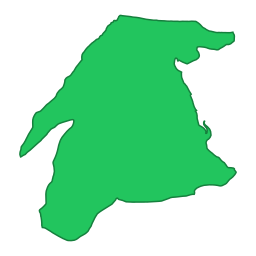 Poplaca, Sibiu, Romania (Natural Earth projection)
{"feature_id": "2599482B54964729595352", "entity_name": "Poplaca", "entity_type": "district", "adm_level": 2, "iso_a3": "ROU", "parent_name": "Romania", "parent_adm1": "Sibiu", "projection": "natural_earth1", "projection_center": [23.913, 45.648], "detail": "fine", "context": "isolated", "style": "filled", "palette": "green", "viewbox_px": 256, "rotation_deg": 0, "n_neighbors": 0, "source": "geoboundaries", "source_scale": "gbopen_adm2", "svg_char_len": 5720}
<svg xmlns="http://www.w3.org/2000/svg" viewBox="0 0 256 256"><path d="M42.3,227.5L43.9,227.7L45.3,228.1L50.6,231.3L52.6,232.7L58.3,236.0L63.0,238.5L67.2,240.3L68.1,240.5L71.2,240.6L74.2,240.2L75.8,239.6L77.4,238.7L78.9,237.5L80.4,236.4L82.8,235.1L85.5,233.5L86.9,232.3L88.1,231.1L89.3,228.8L91.1,226.1L92.0,223.6L95.0,217.5L97.3,213.8L99.7,211.9L102.4,210.1L111.7,204.3L112.1,204.0L115.6,199.9L116.0,198.9L117.1,198.1L117.9,198.4L118.2,199.0L118.8,199.4L122.6,200.4L126.1,201.8L132.7,202.1L147.1,202.0L158.9,201.3L161.6,201.0L168.8,198.4L170.3,197.7L172.2,197.3L176.2,197.0L183.0,196.2L186.2,196.0L190.5,194.7L192.6,194.3L194.2,194.3L194.4,193.9L194.6,192.8L194.4,191.3L194.7,190.3L195.2,189.6L196.8,188.1L198.9,187.0L200.8,186.2L204.0,185.3L209.5,184.8L213.6,184.9L215.7,185.1L217.7,185.4L219.5,185.8L220.8,185.9L222.1,185.6L225.4,184.0L226.4,183.3L227.8,181.6L229.1,180.0L230.1,179.0L231.0,178.4L232.8,176.9L234.8,174.6L235.8,173.0L236.1,172.2L235.9,171.8L235.5,171.2L235.2,170.9L234.7,170.3L234.4,169.8L234.4,168.9L234.2,168.6L233.4,168.1L231.5,167.8L230.1,167.7L228.9,167.7L228.2,167.6L227.6,167.2L226.9,166.5L226.3,165.4L225.1,163.8L224.3,162.7L222.4,161.5L220.8,159.9L220.1,159.0L219.0,157.7L218.3,157.3L217.8,157.1L216.9,156.9L216.2,156.5L214.4,155.2L212.1,153.1L210.6,152.0L209.2,150.8L207.6,149.2L207.0,148.3L206.8,146.9L206.6,145.0L206.0,142.9L206.3,141.7L206.7,140.6L207.6,139.6L208.6,139.1L210.1,137.3L211.0,135.2L210.6,131.6L209.8,129.5L209.2,128.7L207.4,126.7L206.1,125.7L204.9,124.6L204.6,124.1L204.2,123.3L204.1,122.5L204.6,121.4L204.6,121.2L204.4,121.1L204.2,121.2L204.0,121.6L203.7,122.4L203.7,123.7L203.8,124.4L204.2,125.2L206.7,128.4L207.2,130.2L207.2,131.1L207.0,132.5L206.6,133.3L206.3,133.4L205.9,133.4L205.7,133.2L205.7,132.9L205.9,132.5L206.0,132.1L205.8,131.3L205.5,130.4L204.0,128.5L203.2,127.8L201.6,126.7L199.3,125.5L198.8,124.8L198.6,124.5L198.4,123.3L198.1,122.4L197.8,121.1L197.2,118.7L197.1,117.7L197.1,115.7L196.7,113.5L196.2,112.4L195.9,111.7L195.4,111.1L196.5,110.4L195.4,109.2L194.1,106.6L193.0,103.0L192.7,101.6L192.1,99.8L190.4,95.7L190.4,95.0L191.2,94.2L189.3,91.2L186.7,86.2L186.0,85.5L184.9,84.0L183.9,83.2L181.8,77.9L181.5,76.3L181.4,72.9L181.6,72.2L181.0,71.8L178.7,70.7L178.1,70.3L177.6,70.0L176.2,68.5L175.2,66.5L174.7,65.7L174.2,63.8L174.6,60.5L174.8,59.7L175.2,58.7L175.6,58.2L175.8,58.2L176.2,58.2L176.5,58.2L177.1,58.6L177.4,59.9L178.0,61.0L178.9,60.1L182.7,62.1L186.6,63.7L187.3,63.8L193.4,60.7L196.3,59.6L198.4,57.9L198.7,57.4L199.0,56.8L199.2,56.3L199.3,55.7L199.2,54.7L198.7,53.0L198.4,52.3L197.3,50.8L196.8,50.2L196.8,49.4L197.1,47.5L197.5,47.0L199.3,46.7L200.9,46.8L204.5,47.2L206.6,47.7L207.6,48.1L209.7,48.8L211.7,49.1L214.3,49.3L215.8,49.6L216.6,49.8L217.4,49.8L218.5,49.6L220.0,48.5L222.6,47.1L224.3,46.0L225.3,45.2L226.5,44.5L227.7,44.5L228.7,44.5L229.9,44.1L230.9,43.6L232.2,42.5L233.5,41.5L234.1,40.9L234.2,39.9L234.3,37.6L234.4,36.3L234.3,35.6L234.2,34.9L233.9,34.5L233.0,32.6L232.9,32.2L230.1,32.7L227.9,32.7L224.9,32.6L223.7,32.6L222.7,32.6L221.6,32.5L220.2,32.6L219.6,32.5L218.0,32.5L217.3,32.6L215.7,32.4L211.1,31.3L209.2,31.0L207.5,30.2L205.9,29.3L204.9,28.5L203.1,27.6L202.2,26.8L200.3,24.7L199.4,23.9L198.7,23.3L197.6,22.5L195.8,21.4L191.7,21.2L189.1,21.4L182.5,21.3L179.5,21.5L177.9,21.3L173.7,21.3L171.0,21.1L169.3,21.2L167.0,21.1L164.8,20.9L158.2,20.6L156.6,20.2L153.5,20.2L146.2,19.3L139.1,17.8L136.4,17.4L132.9,17.1L130.3,16.6L122.2,15.7L121.3,15.5L120.6,15.4L120.0,15.5L119.5,16.0L118.8,16.6L118.4,17.7L117.1,20.1L116.5,20.5L115.7,20.8L115.2,20.5L114.4,20.5L113.9,20.6L113.4,21.6L112.9,22.2L112.4,22.3L111.5,22.7L110.9,23.1L110.8,23.8L110.3,24.3L107.9,26.0L107.3,26.9L106.3,28.8L106.1,29.9L105.5,30.7L104.6,31.9L103.9,32.5L102.7,34.0L102.3,34.9L101.8,35.3L100.8,35.7L99.9,36.5L99.0,38.3L98.4,38.8L96.4,39.5L94.8,41.0L93.7,41.8L93.2,42.3L92.3,42.8L90.7,44.3L90.3,44.6L89.6,45.5L87.7,47.2L86.7,48.3L85.8,49.4L84.0,52.0L82.9,53.2L82.1,54.8L81.8,56.8L81.8,58.2L81.9,58.8L81.9,59.3L82.1,59.7L80.9,61.1L77.8,65.1L76.7,66.4L75.8,67.7L73.8,71.2L72.8,72.2L72.5,72.7L70.9,75.0L70.2,75.7L68.7,76.6L67.8,77.0L67.4,77.2L66.1,78.2L65.7,78.8L65.0,79.8L64.9,80.3L64.8,81.7L64.3,83.8L63.6,85.8L63.3,86.6L62.8,87.4L62.1,88.1L61.2,89.0L60.0,89.9L59.0,90.9L58.4,91.7L57.4,93.0L56.7,94.3L56.3,95.7L55.7,96.7L54.5,98.2L52.8,99.7L51.7,100.6L48.6,103.3L47.2,104.3L46.4,105.0L43.4,108.3L41.9,109.8L41.0,110.7L40.2,111.3L39.1,111.7L37.3,112.3L36.3,112.7L35.8,113.3L35.0,114.4L34.3,115.6L33.3,117.8L32.8,119.9L32.7,122.4L32.8,125.8L32.8,127.1L32.7,127.5L31.8,129.1L28.6,134.3L27.6,136.3L25.9,139.6L25.5,140.5L23.8,143.4L21.4,146.6L21.2,147.3L20.9,149.7L20.5,150.8L20.1,152.1L19.9,154.1L20.0,154.9L20.6,156.9L21.2,156.7L22.5,155.8L23.7,155.1L25.1,154.5L26.0,153.6L27.2,152.3L28.1,151.6L30.0,150.2L35.5,145.2L38.4,142.6L39.5,141.7L40.9,140.5L41.9,139.2L46.7,134.5L47.6,133.0L50.0,130.2L50.8,129.3L52.0,128.5L54.1,127.5L54.8,127.1L55.6,126.3L57.1,124.9L58.4,123.9L59.6,123.4L62.7,122.3L70.3,120.0L72.3,119.6L73.5,119.9L73.8,120.4L73.8,121.8L73.6,122.7L73.3,124.0L72.9,125.0L72.6,125.6L72.2,126.4L71.4,127.4L70.5,128.1L69.6,128.8L66.9,131.4L64.6,134.1L62.2,137.1L61.0,139.1L60.3,140.5L59.5,142.8L58.7,145.3L58.1,148.1L57.3,151.4L56.5,154.0L55.8,155.9L55.2,157.4L54.4,159.1L53.9,160.3L53.4,161.2L53.1,162.3L53.1,163.0L53.2,163.7L54.0,167.0L54.4,171.4L53.7,175.1L53.1,176.6L52.9,177.7L52.5,179.1L52.3,180.2L52.1,181.1L51.6,182.0L49.9,183.5L48.7,185.0L47.6,187.1L46.3,190.8L46.1,192.0L45.9,194.1L46.0,199.1L46.1,202.9L46.0,203.7L45.7,204.2L44.2,205.9L43.4,206.7L42.0,208.0L40.2,209.4L39.6,210.0L39.4,210.4L39.5,211.0L39.6,211.8L40.4,213.2L40.6,214.3L40.9,216.6L41.1,217.1L41.6,220.6L41.8,223.1L41.8,225.3L42.3,227.5Z" fill="#22c55e" stroke="#15803d" stroke-width="1.5"/></svg>